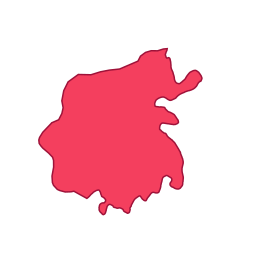 outline of Junggang, Chagang-do, North Korea, rotated 117°
{"feature_id": "82179303B78642437827574", "entity_name": "Junggang", "entity_type": "district", "adm_level": 2, "iso_a3": "PRK", "parent_name": "North Korea", "parent_adm1": "Chagang-do", "projection": "robinson", "projection_center": [126.877, 41.668], "detail": "fine", "context": "isolated", "style": "filled", "palette": "rose", "viewbox_px": 256, "rotation_deg": 117, "n_neighbors": 0, "source": "geoboundaries", "source_scale": "gbopen_adm2", "svg_char_len": 5715}
<svg xmlns="http://www.w3.org/2000/svg" viewBox="0 0 256 256"><g transform="rotate(117 128 128)"><path d="M158.1,198.4L158.8,198.5L170.5,202.0L176.6,202.5L179.2,202.0L182.1,200.1L183.5,197.5L184.6,194.8L186.4,187.2L188.3,181.9L190.7,179.6L196.6,176.5L205.3,173.9L210.9,170.6L212.9,168.3L213.9,165.6L214.8,163.1L214.7,160.4L213.5,154.9L210.7,149.8L208.9,147.5L209.4,132.7L208.2,132.1L206.6,131.5L203.9,130.8L202.1,130.0L200.9,129.7L200.0,129.1L199.5,128.8L198.9,128.4L198.1,127.9L197.4,127.1L197.0,126.7L196.8,126.5L196.6,125.9L196.6,125.3L197.4,124.0L198.0,123.2L199.1,122.3L200.1,121.1L200.6,120.7L200.9,120.3L200.9,119.7L200.9,119.3L201.1,118.1L201.1,117.7L201.2,117.2L201.6,116.7L201.6,116.3L202.0,115.5L202.2,115.3L202.7,115.1L203.0,114.9L203.4,114.8L204.2,114.9L205.1,115.1L205.7,115.5L206.0,116.2L206.5,116.9L206.9,117.3L207.3,117.6L208.2,118.1L209.2,118.3L210.2,118.2L211.1,117.9L212.0,117.7L212.4,117.4L212.8,117.2L213.1,117.0L213.8,116.7L214.2,116.4L214.5,116.1L215.3,114.9L215.4,114.5L215.6,114.2L215.8,113.5L215.8,113.1L216.0,112.7L216.3,112.1L216.4,111.5L216.5,111.2L216.4,110.8L216.3,110.5L215.6,110.0L215.0,109.7L214.6,109.7L214.0,109.6L212.6,109.8L211.9,110.0L211.5,110.0L210.3,110.4L208.6,110.7L207.8,110.9L207.3,111.0L206.1,110.8L205.2,110.5L204.7,110.1L204.5,109.8L204.2,109.2L204.1,108.8L204.1,108.5L204.1,108.0L204.1,106.4L204.4,105.8L204.9,105.2L205.0,104.8L205.0,104.3L204.6,102.9L204.5,101.7L204.2,100.9L204.0,100.6L203.8,100.3L203.4,100.0L203.1,99.4L202.9,99.2L202.7,98.2L202.7,96.9L202.7,96.4L202.8,95.5L203.0,95.1L203.3,94.9L203.6,94.6L203.8,94.3L204.0,93.8L204.2,92.6L204.1,92.1L204.2,89.9L204.1,89.6L203.8,89.3L203.4,88.9L202.8,88.6L202.3,88.5L199.8,89.0L199.6,89.2L199.2,89.5L198.7,89.8L198.3,89.9L197.4,89.9L196.6,89.7L196.1,89.7L195.2,90.0L194.8,90.0L189.7,89.9L188.5,89.7L188.1,89.6L186.7,89.0L185.0,88.1L183.8,87.4L183.3,86.9L183.2,86.7L183.1,86.4L183.3,85.7L184.0,84.4L184.2,84.1L184.8,82.9L184.9,82.6L184.9,82.1L185.1,81.4L185.2,81.0L185.2,80.3L184.9,79.4L184.7,79.1L184.1,78.9L181.9,78.9L180.6,78.7L178.5,78.2L176.9,78.0L175.6,77.7L174.8,77.3L174.3,76.9L173.9,76.4L173.7,76.0L173.2,73.7L172.6,72.5L172.3,72.2L171.9,71.8L171.4,71.5L170.9,71.4L169.2,71.6L168.7,71.6L167.1,71.8L165.4,72.2L164.8,72.5L164.0,72.8L163.1,73.0L162.8,73.0L162.0,73.3L160.6,73.5L157.8,74.3L157.0,74.4L156.4,74.4L155.9,74.3L154.8,73.8L154.5,73.5L154.1,73.2L153.0,72.5L152.8,72.0L152.6,71.6L152.6,70.3L152.7,70.0L152.7,69.4L152.8,67.5L152.9,67.0L153.2,66.3L153.5,65.9L154.0,65.6L154.4,65.4L155.1,65.2L155.7,65.1L156.3,65.2L157.5,65.4L157.8,65.4L158.8,65.2L159.1,65.0L159.7,64.6L159.9,64.2L160.4,63.1L160.5,62.6L160.5,62.0L160.3,60.6L160.5,59.5L160.5,59.0L160.4,58.0L160.2,57.0L159.6,55.6L159.0,54.9L158.7,54.7L158.3,54.4L157.8,54.1L156.8,53.9L155.2,53.6L154.7,53.5L153.9,53.6L152.9,53.9L152.2,54.3L151.3,54.6L150.4,54.8L150.0,55.0L149.6,55.2L147.3,56.1L146.1,56.9L142.6,59.8L141.3,60.6L139.3,61.6L137.0,62.2L134.8,62.7L133.4,63.3L132.6,63.8L130.5,65.5L129.9,66.3L129.3,66.8L128.7,67.5L128.4,67.9L127.8,68.5L127.2,69.3L126.9,69.6L126.6,69.7L125.9,70.3L125.7,70.7L125.4,70.9L125.2,71.4L123.8,73.4L123.1,74.6L122.8,75.0L122.0,76.4L121.6,76.9L121.3,77.5L119.9,79.8L119.3,81.7L118.9,83.0L118.8,83.3L118.7,83.3L118.6,84.2L118.5,84.9L118.3,85.3L118.3,85.7L118.2,86.2L118.0,87.4L117.6,88.8L117.0,89.9L116.3,90.8L115.8,91.8L115.8,92.6L116.1,93.4L116.1,93.8L116.0,94.2L115.9,94.6L115.8,95.8L115.6,96.5L115.3,97.4L115.0,98.0L115.0,98.7L114.9,99.1L114.7,99.3L112.8,100.2L111.7,100.5L111.3,100.6L110.0,100.6L109.4,100.4L109.0,100.3L108.2,99.9L107.4,98.4L106.8,96.5L106.1,94.4L105.9,94.0L104.9,90.8L104.7,90.4L104.3,89.0L103.5,87.7L103.3,87.4L102.8,87.0L102.0,86.3L101.4,85.9L100.9,85.7L100.1,85.6L99.7,85.8L98.7,86.6L98.5,86.8L98.2,87.1L98.1,87.3L97.7,88.2L96.3,90.6L95.5,92.1L95.3,92.5L95.1,92.9L94.9,94.8L94.9,96.3L94.9,97.8L95.2,99.3L95.1,100.0L94.7,101.3L94.5,101.7L94.4,102.4L94.2,102.7L93.9,103.6L93.4,104.1L93.1,104.6L93.1,104.9L93.3,105.7L93.5,106.2L94.3,108.4L94.5,108.7L94.7,108.9L95.0,109.4L95.5,111.1L95.9,112.0L96.3,113.6L96.1,113.9L95.4,114.5L94.2,115.2L93.8,115.4L93.3,115.5L92.2,115.6L91.1,115.7L90.2,115.6L89.3,115.2L88.0,114.5L87.7,114.3L86.8,113.6L85.5,112.4L85.0,111.7L84.5,110.9L84.2,110.2L84.1,109.1L84.1,107.7L84.4,105.7L84.4,104.0L84.4,103.5L84.0,102.6L83.7,102.2L82.6,101.2L81.6,100.5L80.7,99.7L80.3,99.5L79.9,99.2L79.6,99.1L79.3,98.9L78.3,98.8L77.9,98.6L76.6,98.2L74.6,97.2L73.1,96.1L72.2,95.4L70.9,94.2L70.2,93.8L69.4,93.1L67.6,91.4L66.7,90.2L66.0,89.6L65.7,89.2L64.9,88.6L64.5,88.2L63.7,87.6L62.8,87.1L62.0,86.7L59.8,86.0L59.0,85.9L56.9,85.9L56.6,85.8L55.8,85.8L55.3,85.6L54.0,85.2L53.8,85.1L53.5,84.5L53.2,84.4L52.9,84.3L50.7,84.5L50.1,84.7L49.8,84.9L48.6,86.2L48.2,86.7L47.1,88.7L46.3,90.3L46.2,90.8L46.0,92.1L45.9,92.7L45.9,93.4L46.0,94.0L46.3,94.6L47.2,95.8L49.3,97.4L50.0,97.9L50.4,98.1L51.7,98.5L54.1,99.0L55.5,99.2L57.2,99.3L57.7,99.2L58.1,99.3L59.5,99.7L60.8,100.3L62.5,100.9L63.3,101.3L64.4,101.8L64.9,102.1L65.2,102.4L65.4,102.7L65.5,103.1L65.8,104.4L65.9,104.8L65.8,105.5L65.5,106.3L64.9,107.3L64.0,108.3L62.9,109.2L62.6,109.3L61.5,110.1L61.3,110.3L60.1,111.3L59.6,111.9L58.3,113.0L57.7,113.6L56.9,114.6L56.2,115.5L55.4,116.4L54.0,117.5L52.6,118.2L50.9,119.3L50.2,119.7L49.8,120.0L49.2,120.4L48.0,121.5L47.7,121.6L47.1,122.3L47.0,122.5L46.8,123.3L46.8,123.6L47.1,124.1L47.8,124.7L48.1,125.2L48.0,125.5L47.9,125.7L47.8,126.0L47.0,126.8L45.9,127.9L45.4,128.1L44.5,128.3L44.0,128.3L43.3,128.5L41.1,128.6L39.5,129.1L41.6,132.4L45.8,136.7L48.6,142.4L52.7,146.7L58.3,149.5L63.9,149.5L79.3,162.3L84.9,170.9L90.4,178.0L97.4,185.2L102.9,196.6L114.1,202.3L123.9,202.2L133.8,199.3L139.4,195.0L145.1,193.5L152.1,193.5L158.1,198.4Z" fill="#f43f5e" stroke="#9f1239" stroke-width="1.5"/></g></svg>